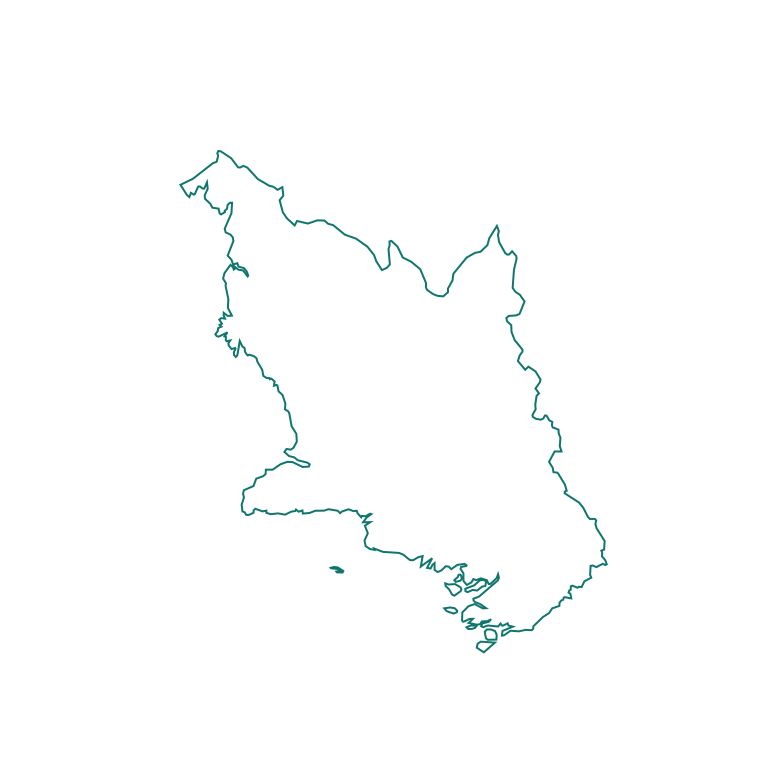 SVG path tracing the border of Kalimantan Timur, rotated 137°
{"feature_id": "IDN-1185", "entity_name": "Kalimantan Timur", "entity_type": "Province", "adm_level": 1, "iso_a3": "IDN", "parent_name": "Indonesia", "parent_adm1": "", "projection": "natural_earth1", "projection_center": [116.728, 1.017], "detail": "fine", "context": "isolated", "style": "outline", "palette": "teal", "viewbox_px": 768, "rotation_deg": 137, "n_neighbors": 0, "source": "natural_earth", "source_scale": "10m", "svg_char_len": 6172}
<svg xmlns="http://www.w3.org/2000/svg" viewBox="0 0 768 768"><g transform="rotate(137 384 384)"><path d="M393.3,99.5L397.3,105.0L398.3,105.1L400.1,104.0L402.0,104.8L404.8,104.3L407.1,102.1L413.9,105.2L419.6,103.9L426.7,105.2L440.0,104.9L441.9,103.2L443.9,103.2L448.1,107.6L454.0,111.1L459.8,117.3L467.5,118.3L469.3,119.5L465.8,122.6L455.2,118.6L457.7,122.4L456.8,124.6L462.0,126.2L462.6,127.3L462.1,129.3L465.9,128.8L472.7,136.5L477.4,138.6L478.1,140.6L475.4,141.8L469.5,138.6L466.1,138.9L470.2,140.1L474.4,143.6L477.6,142.8L480.3,144.7L485.0,151.5L479.1,151.6L481.5,153.8L487.5,155.7L488.4,156.4L488.1,157.9L482.5,163.5L473.8,163.9L467.8,161.2L464.7,152.4L462.2,150.4L463.8,157.6L466.1,162.4L466.2,164.5L465.1,166.0L459.4,163.7L434.7,162.7L432.1,163.9L430.3,167.1L434.1,165.2L442.6,165.2L443.8,166.4L442.6,170.4L445.7,175.8L450.2,177.6L451.7,180.4L455.3,179.3L460.5,180.5L460.2,185.7L455.0,191.4L454.2,196.5L452.3,197.6L448.0,194.8L447.3,195.1L447.7,197.4L453.7,201.7L461.1,202.7L461.2,206.3L463.1,208.6L469.1,208.5L473.0,209.9L473.8,213.5L469.2,218.5L471.8,218.7L475.8,217.3L477.9,220.2L467.6,223.7L481.6,225.4L473.1,231.8L477.1,234.0L482.8,235.2L485.1,237.5L486.3,246.0L488.2,250.2L499.3,262.0L503.5,270.6L504.1,269.2L506.8,272.9L508.0,277.9L505.0,282.8L497.6,285.9L494.6,293.4L488.2,292.3L493.6,297.1L488.1,298.2L482.0,297.5L482.6,298.6L487.6,299.8L490.3,302.7L491.6,302.1L491.5,307.6L490.4,309.9L493.1,311.9L495.3,316.5L501.6,319.4L504.2,319.5L504.3,322.9L510.0,330.3L514.3,332.3L520.6,338.1L526.5,340.5L531.7,344.6L529.9,347.2L533.5,348.8L534.0,352.2L535.5,351.6L538.9,353.9L545.4,355.9L549.9,361.8L555.7,366.1L557.9,370.1L556.4,371.6L559.7,373.7L563.2,380.5L565.4,380.5L567.4,378.8L572.5,380.6L574.0,382.3L573.4,385.1L574.4,387.4L570.4,392.8L563.8,396.5L562.0,399.8L558.9,401.9L549.0,398.4L542.0,401.9L535.3,399.0L532.0,398.9L528.8,401.9L523.9,397.3L514.5,395.9L507.9,393.1L504.1,389.2L500.1,378.8L495.3,374.9L493.1,375.9L493.7,378.8L499.0,386.9L499.7,391.6L502.6,396.1L503.2,402.2L499.6,403.0L497.0,399.6L493.7,399.1L487.1,401.3L482.1,407.3L480.4,416.0L473.2,427.3L472.7,429.3L473.7,433.0L469.5,436.9L465.7,445.1L466.1,450.6L463.0,455.6L463.2,456.7L465.7,457.8L462.3,460.4L462.7,464.7L464.2,465.3L463.7,466.5L465.7,468.3L466.7,472.3L463.4,477.4L461.3,486.9L459.7,489.8L460.2,493.3L462.6,497.4L464.1,497.7L464.2,499.1L463.7,502.2L461.4,505.5L462.0,508.1L460.2,513.8L471.4,505.2L473.9,504.8L474.0,507.3L472.1,509.7L468.7,510.9L468.4,511.9L471.7,513.5L471.3,518.0L470.2,519.8L466.7,520.7L470.0,522.6L469.7,524.1L467.4,526.4L468.2,527.6L463.2,528.5L472.7,531.4L473.7,533.2L473.4,535.4L469.2,536.2L467.2,538.0L463.7,536.8L464.0,539.3L461.4,538.6L460.6,543.4L458.1,543.2L455.7,540.2L454.5,543.5L452.7,545.4L451.9,540.4L448.6,537.7L446.3,546.1L440.0,552.2L432.8,564.0L430.9,565.4L429.8,570.8L425.0,573.9L415.0,575.8L414.8,572.3L415.8,570.2L414.4,570.0L413.3,572.0L412.6,567.1L409.6,563.1L410.4,555.7L409.4,555.8L407.7,559.7L407.4,564.3L410.4,569.1L408.9,572.4L412.9,574.3L410.8,578.9L410.8,584.5L396.6,591.3L394.6,594.3L394.4,598.0L396.4,602.9L394.6,606.2L379.0,613.0L371.5,620.2L373.0,621.6L376.1,621.7L379.4,619.2L382.4,619.3L383.0,618.2L387.5,619.1L387.9,620.8L385.4,625.1L389.3,630.1L388.1,634.3L388.6,641.5L386.4,644.3L379.8,647.0L375.9,652.2L382.3,649.5L383.4,650.7L383.9,654.0L385.2,655.1L393.0,651.9L394.0,652.2L394.8,655.5L398.9,653.4L399.2,656.8L397.0,668.5L383.7,664.4L358.5,662.2L354.9,660.7L349.7,663.9L348.6,666.4L346.2,667.4L344.7,665.5L341.8,653.4L342.9,641.9L341.5,640.4L338.1,639.4L336.4,635.6L336.5,619.8L332.7,607.2L330.4,603.7L329.4,598.6L324.1,597.3L329.2,590.4L335.0,589.6L340.9,578.5L342.0,571.2L341.2,560.9L336.4,562.5L330.3,553.3L321.1,549.1L316.1,544.2L315.6,539.3L312.8,534.7L310.8,519.9L305.3,509.4L302.5,495.8L303.3,485.2L306.0,478.8L307.8,468.7L302.6,467.0L298.1,467.5L288.8,479.5L285.3,481.6L282.8,484.5L281.0,483.6L280.4,475.3L284.0,463.7L280.7,454.8L279.2,443.3L284.4,429.2L287.6,425.7L288.3,423.5L286.7,416.0L284.6,411.8L280.9,407.7L274.6,407.5L272.1,410.2L263.3,413.0L258.1,417.3L237.3,420.1L228.1,417.9L223.2,414.9L213.7,415.0L207.6,418.8L193.6,422.6L195.8,417.4L199.0,415.3L203.1,409.1L206.1,397.0L205.6,394.6L204.2,393.4L199.8,393.7L200.0,387.4L201.6,385.2L211.2,378.8L224.4,366.5L225.0,362.0L223.8,356.5L224.9,348.5L237.1,342.8L240.5,344.0L246.3,348.7L249.5,348.8L251.2,345.9L250.8,340.3L255.3,335.0L258.5,327.0L259.3,314.7L260.7,313.2L265.4,312.3L270.4,309.5L271.0,298.1L266.6,298.2L264.6,289.9L266.5,280.5L268.7,279.0L276.3,277.4L277.0,271.5L280.6,271.2L287.5,265.7L290.3,262.1L296.6,260.0L297.6,258.4L296.6,254.9L293.7,251.0L291.0,250.1L287.8,251.2L286.7,250.0L287.9,244.7L286.8,241.4L289.4,239.2L290.2,237.2L287.5,231.6L289.8,228.9L291.6,224.4L297.8,218.7L300.2,213.6L305.2,218.3L316.4,214.5L317.7,207.8L320.2,203.9L317.8,201.2L317.7,199.7L320.3,187.0L323.2,181.3L325.2,182.0L326.4,180.9L322.2,164.2L322.7,157.5L325.5,147.7L325.5,144.9L321.8,141.5L321.8,139.6L324.9,137.4L327.0,133.2L329.7,118.7L335.9,112.8L338.7,113.9L339.3,112.0L342.1,109.3L342.4,104.0L344.1,100.2L345.6,100.7L346.6,103.3L353.7,105.3L354.9,108.6L356.9,110.1L363.4,103.9L364.5,101.0L372.0,103.0L378.0,100.7L379.9,102.9L381.4,103.0L383.8,108.1L385.3,108.6L387.8,106.2L389.4,106.6L391.3,105.6L390.7,103.6L393.3,99.5ZM465.7,177.0L464.2,178.8L455.2,175.2L447.8,175.0L444.8,172.9L443.9,169.9L447.6,167.2L450.5,168.9L456.7,169.4L459.7,173.0L464.9,174.8L465.7,177.0ZM469.3,180.2L476.9,181.2L477.8,183.5L476.5,189.4L476.6,194.3L475.2,196.4L473.5,193.3L468.5,189.2L466.7,183.2L467.4,181.0L469.3,180.2ZM479.2,119.2L494.0,119.7L496.0,127.9L492.6,130.2L489.0,129.6L479.2,119.2ZM476.1,120.4L482.6,126.2L482.8,128.6L479.4,134.0L476.4,134.4L473.2,131.6L471.3,127.6L472.6,123.8L476.1,120.4ZM493.1,175.2L492.9,178.8L488.1,175.5L485.2,171.8L485.1,168.1L486.5,167.4L489.7,168.7L493.1,175.2ZM462.1,188.0L466.5,190.4L466.4,192.6L461.7,192.5L459.6,193.6L458.4,192.8L458.2,191.5L459.6,188.8L462.1,188.0ZM489.6,149.8L485.1,148.1L481.1,144.0L483.8,143.5L486.8,145.0L489.5,147.5L489.6,149.8ZM544.4,280.7L548.4,285.3L548.4,285.9L545.2,284.2L542.9,281.3L541.3,275.0L542.9,274.4L546.9,278.4L546.8,279.3L542.6,276.5L544.4,280.7Z" fill="none" stroke="#0f766e" stroke-width="2"/></g></svg>